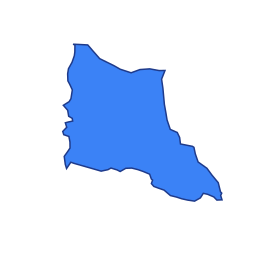 outline of Fyti, Paphos, Cyprus, rotated 163°
{"feature_id": "46923920B41172680844699", "entity_name": "Fyti", "entity_type": "district", "adm_level": 2, "iso_a3": "CYP", "parent_name": "Cyprus", "parent_adm1": "Paphos", "projection": "orthographic", "projection_center": [32.544, 34.932], "detail": "fine", "context": "isolated", "style": "filled", "palette": "blue", "viewbox_px": 256, "rotation_deg": 163, "n_neighbors": 0, "source": "geoboundaries", "source_scale": "gbopen_adm2", "svg_char_len": 1179}
<svg xmlns="http://www.w3.org/2000/svg" viewBox="0 0 256 256"><g transform="rotate(163 128 128)"><path d="M57.4,38.3L58.2,39.9L57.7,49.3L61.5,58.4L64.3,66.4L70.9,75.0L71.2,83.6L70.6,90.2L71.7,91.6L82.5,97.4L81.4,103.8L82.2,109.3L88.0,114.3L88.3,124.3L87.4,130.9L86.3,140.0L83.0,155.8L81.6,164.9L75.8,172.2L81.4,173.8L89.9,178.2L99.5,180.4L108.9,179.9L118.3,186.5L123.0,191.5L134.8,202.6L138.9,211.7L142.2,219.2L150.1,222.1L156.0,224.2L154.5,222.8L156.6,216.3L158.2,212.8L162.3,207.2L167.6,202.1L169.9,197.4L171.7,190.6L170.9,186.5L170.1,180.7L174.0,172.7L176.6,170.4L183.2,168.6L180.5,162.6L181.3,156.6L178.5,153.5L178.9,150.8L183.1,151.2L186.4,151.3L186.4,146.6L191.4,143.8L191.4,140.4L187.0,137.2L187.6,131.6L189.3,125.8L192.7,123.0L197.3,119.5L198.6,111.6L198.6,107.2L192.7,112.0L190.0,110.0L175.8,100.8L166.3,94.6L159.3,94.0L156.0,94.7L150.7,91.1L148.2,88.7L141.9,90.1L136.2,88.6L130.7,85.3L126.2,82.0L120.8,77.5L120.6,72.4L119.7,71.0L121.9,68.0L120.4,64.6L116.5,61.6L111.7,58.1L107.2,51.0L101.7,47.7L97.3,44.6L92.0,41.6L85.7,38.6L79.2,40.0L75.1,43.5L71.2,41.3L66.1,37.0L64.1,33.1L59.1,31.8L59.1,36.4L57.4,38.3Z" fill="#3b82f6" stroke="#1e3a8a" stroke-width="1.5"/></g></svg>